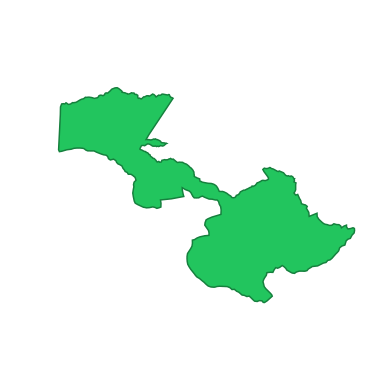 Belgut, Rift Valley, Kenya (Albers equal-area conic projection), rotated 214°
{"feature_id": "3690345B57157078015490", "entity_name": "Belgut", "entity_type": "district", "adm_level": 2, "iso_a3": "KEN", "parent_name": "Kenya", "parent_adm1": "Rift Valley", "projection": "albers", "projection_center": [35.283, -0.399], "detail": "fine", "context": "isolated", "style": "filled", "palette": "green", "viewbox_px": 384, "rotation_deg": 214, "n_neighbors": 0, "source": "geoboundaries", "source_scale": "gbopen_adm2", "svg_char_len": 6075}
<svg xmlns="http://www.w3.org/2000/svg" viewBox="0 0 384 384"><g transform="rotate(214 192 192)"><path d="M104.3,133.5L102.5,135.0L99.4,134.7L97.4,135.1L95.2,134.9L93.5,134.6L92.8,134.6L90.8,135.6L88.1,136.0L86.3,137.7L81.2,136.8L79.1,136.5L76.7,137.7L75.6,139.5L73.2,140.9L71.2,140.3L70.1,140.9L68.9,143.7L67.2,150.5L68.5,151.4L70.4,151.9L76.7,153.1L78.8,153.8L79.5,154.2L82.1,156.6L82.9,157.1L83.6,159.4L83.8,161.6L83.8,164.5L84.8,167.0L82.3,169.2L80.0,170.6L80.4,173.3L80.3,176.1L78.4,176.7L77.1,178.7L76.1,181.5L73.7,181.5L71.4,181.1L69.8,180.3L64.5,180.7L63.5,180.9L61.5,181.9L60.7,184.1L58.7,186.5L54.1,189.5L52.7,191.1L52.5,193.3L51.1,196.2L50.7,197.4L46.5,201.0L43.4,206.5L41.5,208.5L41.2,211.2L39.6,212.9L38.9,215.2L38.2,220.9L37.8,222.8L37.5,225.2L38.4,228.4L37.4,231.2L35.6,233.5L36.9,237.8L36.2,240.3L34.8,242.1L35.2,245.7L34.7,248.7L35.7,251.0L37.0,252.6L38.5,252.4L40.0,250.5L42.0,248.6L44.2,249.3L45.4,250.9L46.9,248.8L48.1,245.9L49.7,247.0L51.9,247.1L54.0,245.8L56.6,245.0L57.6,242.5L59.5,241.1L61.6,240.6L63.6,239.7L64.5,239.5L66.8,239.5L71.5,240.3L74.5,241.6L76.5,244.3L81.2,237.3L83.8,240.4L88.1,242.5L88.4,244.5L90.7,244.7L92.3,244.1L94.7,243.5L97.2,245.8L99.2,246.7L103.0,249.1L104.3,247.4L106.9,248.2L106.9,249.8L107.3,251.8L110.2,256.1L110.9,257.7L113.1,257.4L113.6,259.0L114.2,259.5L114.4,260.3L114.9,259.9L115.7,260.4L116.8,260.9L117.8,260.9L118.9,260.7L119.2,259.8L121.3,259.3L121.7,258.7L122.6,258.4L123.8,258.2L126.9,259.1L130.5,258.4L131.5,258.2L131.9,257.2L132.9,256.9L136.5,256.6L137.9,256.4L139.1,255.9L139.8,255.9L140.7,256.0L141.4,255.6L141.7,254.8L142.3,254.0L143.7,252.8L145.4,252.2L145.9,250.3L143.6,249.1L138.5,247.3L136.6,246.5L135.8,245.3L136.6,243.7L137.6,242.4L139.8,241.3L140.6,240.4L141.0,239.3L142.4,236.8L142.9,236.3L143.2,235.6L143.1,234.9L143.3,232.9L143.6,232.2L144.1,231.6L144.5,230.7L145.5,230.6L145.4,229.9L145.7,229.1L146.3,228.4L147.8,225.5L148.3,224.9L149.1,223.2L150.3,222.3L152.0,219.1L151.8,218.0L152.0,217.1L151.8,216.4L152.3,215.4L153.4,213.9L153.1,213.1L153.3,211.6L154.5,210.3L156.1,209.7L157.0,210.1L157.6,210.3L159.9,210.2L162.5,210.4L165.4,210.0L167.1,209.5L167.6,209.0L168.3,208.7L169.0,208.1L169.8,207.8L172.8,209.6L174.9,210.5L176.1,210.7L178.3,210.6L180.7,209.9L183.6,208.2L185.9,207.2L189.0,205.9L190.4,205.8L191.2,205.4L192.5,206.4L192.8,207.1L193.4,207.1L195.7,206.5L196.6,206.5L197.6,206.2L199.0,206.3L199.5,207.3L200.3,207.9L201.6,209.6L203.9,210.8L206.2,211.4L207.2,211.3L209.5,211.8L212.1,212.0L213.6,211.6L215.5,211.3L216.3,211.4L218.0,210.3L218.9,209.9L220.5,208.4L221.5,208.3L226.0,208.8L226.7,208.1L227.4,207.8L228.5,207.9L228.9,207.1L229.5,206.6L230.2,205.2L231.9,203.8L232.6,203.7L234.7,201.4L234.4,200.6L234.3,199.8L234.9,199.0L235.5,198.5L236.4,198.8L237.0,198.5L237.3,197.6L238.2,197.4L239.6,198.1L242.1,198.6L243.5,198.1L244.1,198.4L246.4,198.4L247.1,199.0L247.8,199.4L248.7,199.0L249.5,199.5L250.7,199.7L252.2,199.2L252.9,199.6L254.7,198.9L256.7,198.8L258.3,198.4L259.2,198.4L259.5,199.2L259.5,199.9L259.8,201.5L259.6,202.5L258.1,203.6L257.1,203.9L255.8,207.0L254.5,207.7L253.4,208.0L250.4,208.0L249.1,208.7L247.8,209.8L246.9,209.8L245.9,210.9L245.1,211.0L244.4,211.9L244.3,212.7L242.0,213.7L241.3,214.7L240.9,216.0L240.6,217.4L240.1,218.1L240.9,218.0L241.6,217.3L242.6,217.2L243.4,216.6L244.8,215.9L245.5,216.0L246.4,216.4L247.3,216.5L249.9,216.1L250.6,215.7L252.0,215.6L252.4,214.8L253.2,214.7L254.7,212.6L255.6,211.9L257.2,211.2L258.0,210.6L258.8,210.3L259.4,209.8L259.8,215.2L260.1,259.1L261.8,259.0L262.4,258.6L263.7,259.0L265.3,260.0L265.9,259.7L266.4,258.8L270.6,257.0L271.6,256.4L271.8,255.6L272.3,254.5L272.9,254.1L273.8,253.7L275.0,250.7L275.6,250.8L276.2,251.2L278.0,251.5L279.4,251.2L280.3,248.9L281.1,247.4L282.0,247.4L283.3,246.5L284.6,244.2L285.3,243.8L285.8,241.6L286.2,240.7L288.0,240.5L288.6,239.8L289.5,239.8L290.2,240.7L290.8,241.2L291.0,241.8L292.7,241.8L293.4,241.3L294.4,241.0L295.0,241.6L296.0,241.3L296.6,240.8L297.7,240.4L298.2,239.3L298.7,238.5L299.9,237.2L300.6,237.4L301.5,237.0L302.9,236.8L305.2,235.8L305.9,235.6L306.1,236.2L306.9,236.5L310.6,236.8L312.4,236.6L314.1,235.2L315.8,232.7L316.1,232.1L316.3,230.4L317.2,226.8L318.2,226.4L318.9,225.8L319.2,225.1L319.0,224.0L319.2,222.9L319.7,222.0L320.8,221.8L321.9,221.2L322.7,220.3L323.0,219.5L322.8,218.7L323.1,217.3L325.3,215.0L327.8,214.3L330.5,213.0L332.6,211.3L333.4,210.9L333.8,209.3L334.6,208.0L335.2,207.5L336.2,205.9L338.2,201.6L340.2,199.7L340.9,199.4L341.6,198.0L341.8,197.1L343.3,195.6L344.2,195.4L345.9,195.6L346.5,195.2L346.5,194.3L347.0,193.7L348.0,193.3L349.3,192.1L348.6,189.0L344.4,182.5L326.2,152.4L324.5,151.3L322.8,152.9L319.4,157.0L316.1,159.9L314.3,162.2L312.0,164.1L309.5,165.8L307.1,167.1L305.7,167.6L303.4,167.4L301.5,167.8L298.7,169.6L296.2,171.3L293.6,171.6L288.6,172.7L286.1,173.4L283.8,174.5L281.8,174.3L279.8,172.9L277.6,172.9L275.4,175.4L272.6,175.4L271.1,174.4L269.1,173.9L267.0,174.3L264.6,174.4L262.4,173.0L260.5,172.5L258.9,171.6L256.7,172.0L254.8,171.1L252.4,172.6L250.1,172.6L247.3,172.3L245.0,170.4L245.5,167.8L244.6,165.4L243.1,163.8L242.2,161.6L240.5,158.0L238.1,155.4L234.8,152.2L232.8,151.0L230.1,151.2L223.7,152.2L223.0,152.6L220.9,153.4L218.6,155.2L216.2,157.7L214.1,158.5L212.0,158.8L210.6,160.4L209.4,162.1L211.4,165.3L213.7,167.8L205.3,174.8L196.3,183.7L198.1,185.2L201.2,188.3L202.5,190.1L198.8,190.3L194.7,191.3L192.6,190.9L188.9,188.9L186.9,188.4L185.0,189.6L183.1,191.0L182.2,193.0L180.9,194.5L179.0,194.6L173.9,195.7L171.3,197.3L168.2,198.4L166.8,199.4L164.7,199.0L162.5,197.1L160.1,195.9L157.8,193.4L155.5,189.6L161.5,182.3L163.8,178.7L164.7,176.8L164.0,173.9L162.9,171.7L156.8,169.3L154.9,167.5L153.7,165.5L156.9,162.9L160.4,159.2L162.1,156.7L163.3,153.9L164.8,152.3L163.0,149.8L161.7,147.1L161.4,144.3L161.3,138.5L160.1,135.9L158.8,133.9L157.0,131.6L155.1,129.7L152.4,128.3L149.8,127.2L144.0,125.4L142.5,124.8L140.4,124.3L137.4,124.5L134.0,124.1L131.3,123.9L129.5,123.5L126.4,123.1L125.2,123.3L123.1,123.9L120.5,125.4L119.7,126.1L118.5,127.6L116.6,129.2L109.9,133.3L107.2,133.9L104.3,133.5Z" fill="#22c55e" stroke="#15803d" stroke-width="1.5"/></g></svg>